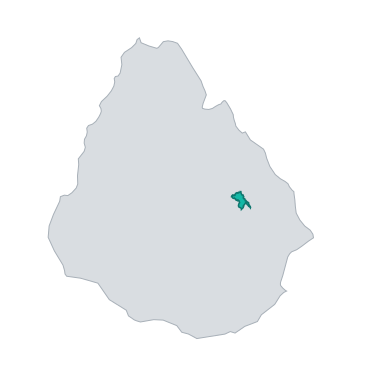 location of Tres Islas, Cerro Largo, Uruguay, rotated 15°
{"feature_id": "84410073B15604045088045", "entity_name": "Tres Islas", "entity_type": "district", "adm_level": 2, "iso_a3": "URY", "parent_name": "Uruguay", "parent_adm1": "Cerro Largo", "projection": "robinson", "projection_center": [-54.84, -32.439], "detail": "fine", "context": "in_parent", "style": "filled", "palette": "teal", "viewbox_px": 384, "rotation_deg": 15, "n_neighbors": 0, "source": "geoboundaries", "source_scale": "gbopen_adm2", "svg_char_len": 4848}
<svg xmlns="http://www.w3.org/2000/svg" viewBox="0 0 384 384"><g transform="rotate(15 192 192)"><path d="M309.0,263.2L306.6,265.3L304.0,269.4L301.0,279.1L290.8,292.6L288.7,300.2L277.8,308.1L270.1,317.1L265.1,316.9L260.6,320.7L234.6,332.3L225.3,330.1L218.4,330.1L211.9,325.0L197.3,323.2L188.1,325.2L175.8,330.9L172.1,330.8L169.4,330.5L162.7,328.1L159.1,323.2L140.0,317.4L124.7,304.4L106.6,304.1L92.8,305.8L90.6,304.1L89.2,300.8L86.3,296.0L74.3,284.5L64.8,273.0L62.8,261.8L64.0,249.6L66.6,235.2L66.1,230.6L69.5,228.1L73.0,227.6L76.2,223.8L79.1,218.2L79.6,213.9L77.2,206.0L75.5,194.9L73.6,189.4L77.3,180.7L77.4,176.4L75.2,172.7L74.5,168.9L75.5,165.0L75.3,161.2L73.8,157.6L74.8,154.6L78.3,152.2L80.9,148.6L82.6,143.7L83.4,139.9L83.5,137.4L82.4,134.9L80.2,132.6L81.1,128.1L85.3,121.3L87.9,115.2L89.1,110.0L88.9,105.7L87.5,102.5L88.1,100.3L90.6,99.1L91.8,95.7L91.3,87.2L88.6,80.2L90.6,74.6L96.3,68.2L99.3,63.0L99.5,59.0L101.3,56.7L104.2,61.0L112.5,62.1L120.8,62.3L122.1,61.2L125.4,54.2L129.7,52.2L134.4,51.7L139.5,52.1L145.0,56.7L160.6,71.8L172.0,82.3L175.4,87.3L178.4,91.0L180.7,94.5L179.8,103.4L179.9,107.4L180.5,108.5L183.1,108.6L186.9,107.9L190.1,106.0L192.6,103.2L195.1,100.8L197.1,99.5L197.8,97.6L199.0,95.7L200.2,95.2L202.4,96.7L207.7,101.8L211.8,106.6L212.8,109.3L214.4,112.1L216.1,114.6L217.3,117.0L221.3,120.1L225.3,122.1L228.0,120.1L234.9,126.6L250.0,132.1L252.8,135.4L255.4,140.1L260.6,147.2L267.9,153.6L273.8,156.3L279.4,157.8L282.6,159.2L284.7,161.7L288.2,164.3L290.3,165.3L291.1,167.6L293.3,172.8L295.6,179.3L298.1,185.4L303.5,191.2L309.7,195.7L316.1,198.3L319.7,201.5L321.2,204.8L316.9,209.7L312.2,215.8L308.0,220.7L303.7,224.0L302.3,226.4L301.3,230.0L301.3,249.1L300.9,256.2L301.2,258.1L301.8,259.4L304.5,261.3L307.7,262.9L309.0,263.2Z" fill="#d9dde1" stroke="#a8b0b8" stroke-width="1"/><path d="M240.3,192.3L240.4,192.5L240.5,192.8L240.4,193.1L240.4,193.4L240.6,193.6L240.9,194.0L241.1,194.3L241.5,194.5L241.9,194.5L242.2,194.6L242.9,194.6L243.2,194.8L243.7,195.0L243.8,195.2L244.1,195.7L244.2,196.0L244.4,195.6L245.0,194.8L245.5,193.8L245.5,193.3L245.6,192.5L245.6,192.2L245.4,192.1L245.2,192.1L245.5,191.3L246.3,189.7L246.4,189.1L246.5,188.5L247.1,188.6L247.6,189.0L248.7,190.0L249.2,190.1L249.4,190.2L250.3,191.1L252.1,191.7L252.2,191.9L252.3,192.0L252.5,192.2L252.5,191.8L252.5,191.6L252.2,191.4L252.0,191.2L252.0,190.9L251.8,190.8L251.5,190.5L251.4,190.5L251.1,190.4L251.0,190.2L250.8,189.8L250.6,189.7L250.4,189.5L250.2,189.4L250.1,189.2L249.9,189.1L249.8,188.8L249.7,188.2L249.5,187.8L249.4,187.6L249.1,187.5L248.9,187.5L248.7,187.6L248.5,187.8L248.3,187.9L248.1,187.8L248.1,187.5L248.1,187.3L248.0,187.2L247.9,187.2L247.8,187.3L247.6,187.5L247.4,187.3L247.3,187.2L247.1,187.0L247.0,186.8L246.9,186.8L246.6,186.8L246.2,186.7L246.2,186.4L245.9,186.5L245.7,186.6L245.6,186.4L245.5,186.2L245.3,186.0L245.3,185.7L245.1,185.4L244.9,185.2L244.5,185.2L244.4,185.1L244.4,184.9L244.1,184.9L243.9,184.8L243.7,185.0L243.6,184.9L243.3,184.8L243.2,184.6L243.2,184.2L242.9,183.9L242.9,183.7L243.1,183.6L243.2,183.4L243.2,183.1L243.1,182.9L242.8,182.7L242.5,182.5L242.4,182.2L242.0,182.2L241.7,182.1L241.6,181.9L241.7,181.7L241.4,181.7L241.2,181.9L240.9,181.7L240.6,181.6L240.4,181.2L240.2,181.0L240.0,180.7L239.7,180.5L239.5,180.1L239.4,179.8L239.4,179.5L239.3,179.2L239.2,179.1L238.9,179.5L238.7,179.4L238.7,179.1L238.4,179.1L238.4,179.4L238.4,179.9L238.2,179.9L237.9,180.2L237.7,180.3L237.4,180.2L237.4,180.3L237.4,180.5L237.2,180.8L236.9,181.0L236.7,181.1L236.6,180.9L236.4,180.9L236.4,181.0L236.3,181.3L236.2,181.3L236.2,181.2L235.9,181.0L235.7,181.0L235.8,181.0L235.8,180.9L235.7,180.9L235.6,181.0L235.6,181.3L235.4,181.3L235.2,181.3L235.0,181.5L234.9,181.6L234.8,181.8L235.0,181.8L234.9,182.0L234.7,182.1L234.4,182.2L234.4,182.3L234.5,182.3L234.6,182.5L234.4,182.7L234.4,182.8L234.3,183.1L234.3,183.3L234.2,183.4L234.1,183.5L233.9,183.7L233.8,183.8L233.7,183.9L233.6,184.0L233.8,184.0L234.0,184.2L234.1,184.3L233.9,184.4L233.8,184.5L233.7,184.5L233.5,184.4L233.4,184.3L233.2,184.4L233.1,184.5L233.1,184.4L232.9,184.3L232.7,184.3L232.8,184.5L232.7,184.6L232.6,184.4L232.5,184.2L232.4,184.2L232.4,184.3L232.2,184.4L232.0,184.5L231.9,184.6L231.8,184.8L231.8,185.0L231.7,185.0L231.6,185.3L231.5,185.5L231.4,185.7L231.5,185.8L231.4,185.8L231.4,186.0L231.6,185.9L231.7,186.1L232.0,186.4L232.1,186.7L233.2,187.4L234.2,187.4L234.4,187.3L234.5,187.2L234.6,186.9L234.8,187.0L234.9,187.3L235.0,187.4L236.0,187.4L236.1,187.6L236.2,187.8L236.2,188.1L236.6,188.4L236.9,188.5L237.4,188.4L237.7,188.5L237.8,188.4L237.8,188.0L238.0,187.9L238.1,188.0L238.3,188.2L238.5,188.4L238.6,188.1L238.8,187.9L238.9,188.0L239.2,188.2L239.4,188.4L239.6,188.3L239.8,188.4L240.1,188.6L240.1,189.0L240.3,189.5L240.7,189.8L240.7,190.0L240.7,190.4L240.4,191.1L240.3,191.4L240.3,191.7L240.3,192.2L240.3,192.3Z" fill="#14b8a6" stroke="#0f766e" stroke-width="1.5"/></g></svg>